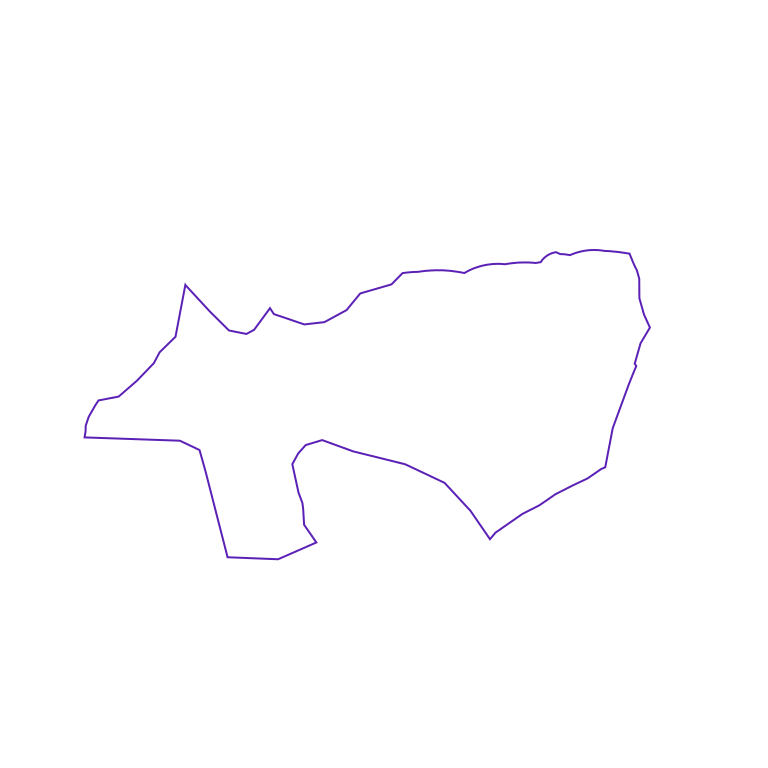 outline of E Mansora 2, Ad Daqahliyah, Egypt, rotated 55°
{"feature_id": "37247803B17472786437270", "entity_name": "E Mansora 2", "entity_type": "district", "adm_level": 2, "iso_a3": "EGY", "parent_name": "Egypt", "parent_adm1": "Ad Daqahliyah", "projection": "orthographic", "projection_center": [31.41, 31.047], "detail": "fine", "context": "isolated", "style": "outline", "palette": "violet", "viewbox_px": 768, "rotation_deg": 55, "n_neighbors": 0, "source": "geoboundaries", "source_scale": "gbopen_adm2", "svg_char_len": 2853}
<svg xmlns="http://www.w3.org/2000/svg" viewBox="0 0 768 768"><g transform="rotate(55 384 384)"><path d="M256.0,659.9L313.4,583.7L332.3,573.0L348.4,578.6L354.5,580.8L436.2,611.5L466.8,571.3L475.0,530.3L453.5,530.2L440.0,521.9L434.7,519.1L423.9,516.3L410.5,510.7L397.1,505.1L391.7,494.2L389.1,483.2L394.5,466.8L421.5,447.9L461.9,412.7L466.4,410.1L499.7,391.1L518.5,388.5L537.4,385.9L571.9,386.2L569.7,378.0L569.8,345.2L572.5,326.1L572.6,313.0L572.6,306.9L575.3,287.8L578.1,271.4L578.2,255.0L579.1,250.5L567.4,238.5L562.1,233.0L551.4,222.0L524.6,183.5L521.0,178.0L519.2,175.3L515.9,170.1L513.9,167.0L511.2,167.0L497.8,150.5L490.3,133.8L476.3,131.2L460.2,125.6L444.1,114.5L436.1,111.7L430.8,110.9L427.7,110.3L417.9,108.1L417.6,108.6L417.5,108.8L416.6,109.7L414.4,111.9L412.4,114.1L410.3,116.3L408.3,118.6L406.4,120.9L404.4,123.2L402.6,125.6L401.4,127.1L401.0,127.6L400.5,128.0L399.3,129.3L398.1,130.7L397.5,131.4L396.9,132.1L395.8,133.6L395.3,134.3L394.7,135.0L393.7,136.6L393.2,137.3L392.7,138.1L391.8,139.7L391.3,140.5L390.9,141.3L390.1,142.9L389.7,143.8L389.3,144.6L388.6,146.3L388.2,147.1L387.9,148.0L387.3,149.7L387.0,150.6L386.7,151.4L386.2,153.2L386.0,154.1L385.7,155.0L385.3,156.8L385.2,157.2L385.2,157.6L381.2,161.8L378.7,165.1L374.8,167.4L374.5,167.9L374.3,168.4L373.8,169.4L373.5,170.5L373.1,171.5L372.9,172.6L372.8,173.2L372.7,173.7L372.5,174.8L372.5,175.4L372.4,175.9L372.4,177.0L372.4,177.6L372.4,178.2L372.5,179.3L372.5,179.8L372.6,180.4L372.8,181.5L372.9,182.0L373.0,182.6L373.3,183.6L373.4,183.9L373.5,184.2L373.7,184.7L374.1,185.7L373.9,186.1L371.9,190.3L371.5,190.8L371.0,191.3L369.5,193.2L367.9,195.2L366.4,197.2L365.0,199.2L363.6,201.3L362.2,203.4L360.9,205.5L359.7,207.7L358.5,209.8L357.3,212.1L356.2,214.3L355.3,216.2L355.1,216.4L355.0,216.6L353.7,218.1L352.5,219.6L351.3,221.2L350.2,222.8L349.2,224.4L348.3,225.8L348.1,226.1L347.2,227.8L346.6,228.8L346.3,229.5L345.4,231.2L345.0,232.1L344.6,233.0L343.8,234.8L343.5,235.7L343.1,236.6L342.5,238.4L342.2,239.4L341.9,240.3L341.3,242.2L341.1,243.1L340.8,244.0L340.4,245.9L340.2,246.9L340.0,247.9L339.7,249.8L339.6,250.7L339.5,251.7L339.3,253.6L339.2,254.1L339.2,254.5L338.0,255.7L336.1,257.5L334.2,259.5L332.4,261.4L330.6,263.4L328.8,265.4L327.1,267.5L325.4,269.6L323.8,271.7L322.3,273.9L320.7,276.1L319.3,278.3L317.8,280.6L316.5,282.9L315.5,284.4L315.3,284.8L315.1,285.2L313.8,287.6L312.6,289.9L311.7,291.7L311.6,291.9L311.4,292.2L310.0,294.3L308.6,296.5L307.3,298.8L306.0,301.0L304.8,303.3L303.8,305.3L306.7,320.7L298.4,345.0L296.2,351.5L301.0,368.8L302.0,372.2L299.1,397.4L289.5,415.1L263.6,434.1L256.5,433.9L265.1,459.3L264.1,468.0L251.2,480.3L225.1,485.0L218.0,486.0L189.2,489.9L188.9,489.9L225.7,527.7L229.3,549.6L234.9,560.5L239.6,584.5L242.1,608.6L233.7,627.3L235.9,632.8L241.5,644.7L247.1,652.3L251.5,655.5L256.0,659.9Z" fill="none" stroke="#5b21b6" stroke-width="2"/></g></svg>